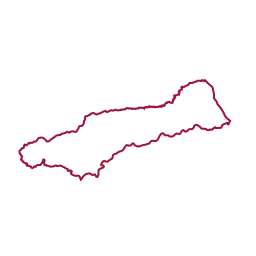 Tefé, Amazonas, Brazil, rotated 22°
{"feature_id": "56859067B54341094874389", "entity_name": "Tefé", "entity_type": "district", "adm_level": 2, "iso_a3": "BRA", "parent_name": "Brazil", "parent_adm1": "Amazonas", "projection": "orthographic", "projection_center": [-65.503, -4.413], "detail": "fine", "context": "isolated", "style": "outline", "palette": "rose", "viewbox_px": 256, "rotation_deg": 22, "n_neighbors": 0, "source": "geoboundaries", "source_scale": "gbopen_adm2", "svg_char_len": 5840}
<svg xmlns="http://www.w3.org/2000/svg" viewBox="0 0 256 256"><g transform="rotate(22 128 128)"><path d="M103.7,119.8L103.1,120.9L102.6,121.1L101.4,121.0L100.8,120.5L99.2,121.9L96.4,125.0L95.0,126.0L93.8,127.3L92.3,127.3L91.2,126.9L89.7,127.4L88.0,128.8L87.9,130.0L87.0,130.6L85.7,132.4L84.7,132.7L84.3,133.1L84.1,134.2L84.7,135.2L84.8,135.8L84.9,137.0L84.5,138.1L85.2,139.6L85.0,142.4L84.3,143.3L82.5,144.3L82.3,144.7L82.1,145.3L82.2,146.9L81.7,149.1L81.7,150.2L81.5,150.7L81.0,151.1L80.5,151.4L78.3,151.7L77.4,152.1L76.1,153.0L75.2,154.3L74.6,154.5L73.1,154.2L71.7,156.1L68.4,158.5L67.7,160.0L66.5,160.4L64.4,161.9L63.3,163.7L62.9,164.7L62.0,165.4L61.9,166.1L60.9,167.2L60.1,169.3L59.3,170.1L58.5,170.7L58.0,170.9L57.5,170.8L56.0,169.8L52.8,169.0L51.8,169.1L49.3,170.4L48.6,171.4L48.2,173.7L47.9,174.1L47.5,175.1L47.1,175.4L46.5,175.5L46.0,175.7L45.5,176.9L45.0,177.4L44.4,177.8L43.2,178.1L42.7,178.4L42.4,179.1L41.9,179.0L41.7,179.2L40.6,181.4L40.6,182.0L40.1,182.2L39.0,181.9L38.5,182.1L38.2,183.1L38.7,184.7L38.6,185.8L37.2,186.6L37.0,187.1L37.0,188.1L36.1,189.4L36.0,190.3L36.7,191.2L37.0,192.1L38.1,192.5L39.2,193.5L40.2,193.7L40.5,194.2L40.5,197.0L40.8,197.5L41.2,197.7L41.6,197.4L42.1,197.6L42.4,197.9L43.4,198.5L43.6,199.0L44.7,198.9L46.4,199.2L46.9,199.1L47.3,198.7L47.7,198.8L48.1,199.2L47.9,200.2L48.3,200.7L48.9,200.7L49.8,200.3L51.9,200.1L52.4,200.1L53.0,201.0L54.3,201.0L55.0,200.2L55.3,199.1L55.6,198.7L56.1,198.5L56.6,198.7L57.0,198.5L57.2,197.4L57.7,196.4L60.7,195.1L60.8,194.0L61.3,193.1L61.4,191.4L61.9,190.4L61.2,189.6L61.2,189.1L61.6,188.8L62.1,188.7L62.5,189.0L63.2,190.5L62.7,191.6L63.6,192.2L64.0,193.3L64.9,193.7L65.8,193.1L66.3,193.0L66.7,193.3L67.3,193.3L67.9,193.0L70.5,192.9L73.0,191.7L73.9,191.1L74.4,190.2L75.4,189.7L76.3,189.9L78.1,189.0L79.0,188.3L80.6,188.1L82.7,188.4L83.3,188.3L85.4,188.7L87.1,188.8L87.7,188.9L88.0,189.4L88.1,189.9L88.6,190.2L89.6,189.7L90.3,188.9L91.9,189.1L92.3,189.5L91.7,191.0L92.0,191.4L92.9,192.0L94.0,192.2L95.7,192.2L97.8,191.9L99.9,190.7L100.4,190.8L101.4,191.3L103.2,193.2L103.7,193.6L104.1,192.7L104.4,190.4L104.9,188.9L106.1,186.8L107.0,185.9L108.4,184.9L110.1,184.4L112.2,184.9L112.8,184.8L113.3,184.6L113.9,183.8L114.9,183.5L116.7,185.0L117.2,185.1L117.8,184.9L118.1,184.4L118.2,183.7L118.0,182.0L116.9,179.5L116.5,177.9L117.3,176.4L119.8,173.9L120.1,173.4L120.1,172.9L119.2,172.1L118.7,172.1L117.6,172.5L117.1,172.5L116.8,172.1L116.8,170.3L117.5,168.2L117.9,167.7L118.8,167.4L119.9,167.4L121.5,166.9L121.9,166.5L123.2,164.2L124.4,162.8L124.8,161.8L124.3,159.0L124.4,158.5L124.9,157.6L126.7,156.1L128.3,153.6L130.4,151.9L131.4,150.8L131.9,149.5L132.2,146.9L132.7,145.0L133.1,144.5L133.7,144.2L135.3,144.1L136.8,143.3L137.7,141.7L137.9,140.6L138.6,140.3L139.2,140.4L139.8,140.7L140.2,141.2L140.8,141.4L142.8,141.6L144.1,141.4L145.8,140.5L147.2,139.1L150.5,136.8L153.2,134.6L153.7,133.7L154.1,131.9L154.8,131.1L155.8,130.5L158.0,130.0L158.9,129.5L159.3,129.0L160.0,127.5L160.1,124.8L160.4,122.7L160.8,121.5L161.4,120.5L162.3,119.8L163.0,119.9L164.5,120.7L165.2,120.8L166.3,120.5L167.3,119.9L168.0,119.8L169.7,120.2L171.4,119.7L172.4,119.2L173.1,118.3L174.3,115.9L175.2,114.9L178.1,114.2L178.5,113.8L178.9,110.8L179.8,109.4L180.3,109.2L182.0,109.9L182.6,109.9L183.1,109.7L184.1,108.4L184.6,107.2L185.2,106.3L185.7,105.9L187.5,105.2L187.9,104.9L188.5,103.9L188.8,102.8L188.8,102.2L188.5,101.8L188.7,101.2L189.2,100.3L190.1,99.5L191.1,99.2L193.3,99.8L193.8,99.7L196.1,101.0L196.6,101.0L197.6,100.4L198.1,100.6L200.3,99.7L200.7,99.9L201.2,99.8L202.2,100.3L203.8,99.7L204.4,98.8L206.1,98.4L206.3,97.9L206.6,97.8L206.9,97.2L207.4,96.7L207.5,95.9L207.9,95.8L208.5,94.7L209.5,95.1L210.5,94.7L212.5,93.7L213.9,93.3L214.5,91.0L214.4,89.8L215.0,89.0L218.0,86.2L218.6,86.1L219.2,87.1L219.7,87.0L220.0,83.0L216.3,82.0L213.3,80.4L210.8,77.9L206.0,74.5L202.0,72.3L200.9,71.0L200.0,70.2L196.7,68.3L195.2,64.5L192.3,60.5L191.9,59.6L190.6,58.3L185.1,56.5L181.8,55.0L181.9,55.6L181.6,55.9L180.6,55.9L179.9,55.7L178.7,55.9L178.7,56.8L175.1,57.9L174.5,58.3L173.8,59.6L173.0,59.9L172.4,60.7L171.5,61.2L170.6,62.4L169.0,62.8L168.3,63.1L168.0,63.8L167.7,65.6L166.0,67.0L164.5,69.2L163.8,69.5L162.9,69.3L162.6,69.4L162.7,69.8L162.3,70.4L162.3,70.6L163.3,71.4L163.5,72.2L163.0,72.6L162.6,73.4L162.2,73.5L162.1,74.3L161.6,74.4L162.0,75.1L161.6,75.6L162.1,76.1L162.2,77.1L162.7,76.9L162.8,78.1L161.5,78.5L160.8,79.4L160.2,79.8L158.7,80.4L158.7,80.7L159.3,80.7L159.3,81.4L159.5,81.6L160.2,81.9L160.1,82.8L159.5,82.9L159.4,83.1L159.8,83.3L160.1,83.6L160.0,83.9L159.5,83.6L159.3,83.8L159.2,84.5L159.5,85.6L159.4,85.8L159.7,86.4L159.8,88.1L159.4,88.3L158.3,88.3L157.7,88.7L156.3,88.3L156.0,88.8L155.1,89.2L155.0,89.7L154.6,89.8L154.7,90.0L154.5,90.4L153.6,91.1L153.7,91.3L153.0,92.6L153.3,93.0L153.5,93.4L153.0,94.0L152.5,94.0L152.4,93.8L151.9,94.0L151.9,94.3L152.1,94.7L151.9,94.8L151.1,94.6L151.0,95.5L150.4,95.2L150.2,95.4L150.4,95.6L150.2,96.0L149.7,96.2L149.3,95.9L148.7,96.2L148.2,97.1L147.8,97.4L146.1,97.8L145.8,98.3L145.2,98.3L144.9,98.8L143.5,98.6L142.9,99.4L142.1,99.3L141.5,99.5L141.2,99.7L141.1,100.1L140.3,100.1L139.8,99.9L139.8,100.4L139.4,100.6L139.4,100.8L138.7,100.9L138.5,101.4L138.3,101.3L137.5,101.5L137.3,101.6L137.4,101.8L136.4,102.0L136.4,102.5L135.9,102.9L135.8,103.5L135.6,103.3L135.0,103.8L134.1,103.5L132.9,104.4L132.5,104.2L131.9,104.4L131.2,104.9L130.5,105.0L130.4,105.6L130.1,105.7L130.1,105.9L129.6,105.9L128.3,107.3L127.3,107.6L127.0,107.4L126.3,107.8L126.2,108.0L125.2,108.4L124.9,108.3L124.7,108.6L124.1,109.0L123.2,108.8L122.1,109.2L121.6,109.5L121.0,109.6L121.0,109.8L119.4,109.9L118.8,110.6L118.7,111.5L118.1,112.1L117.2,112.1L115.6,113.4L115.1,113.4L115.1,113.7L114.4,114.2L113.9,114.1L113.6,114.5L112.5,115.3L111.1,115.7L109.8,115.6L109.2,115.9L108.4,116.9L107.4,117.6L105.7,117.8L104.2,119.5L103.7,119.8Z" fill="none" stroke="#9f1239" stroke-width="2"/></g></svg>